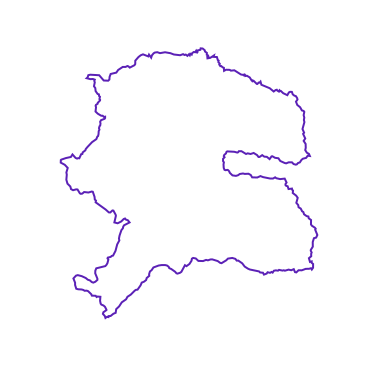 outline of Nam Po, Điện Biên, Vietnam, rotated 283°
{"feature_id": "81297802B39086824409595", "entity_name": "Nam Po", "entity_type": "district", "adm_level": 2, "iso_a3": "VNM", "parent_name": "Vietnam", "parent_adm1": "Điện Biên", "projection": "albers", "projection_center": [102.839, 21.886], "detail": "fine", "context": "isolated", "style": "outline", "palette": "violet", "viewbox_px": 384, "rotation_deg": 283, "n_neighbors": 0, "source": "geoboundaries", "source_scale": "gbopen_adm2", "svg_char_len": 5997}
<svg xmlns="http://www.w3.org/2000/svg" viewBox="0 0 384 384"><g transform="rotate(283 192 192)"><path d="M311.5,109.5L307.2,107.2L303.9,107.9L302.6,107.4L299.2,103.4L300.1,101.8L300.2,100.7L298.9,99.1L298.3,96.4L294.3,92.6L291.3,91.4L288.7,86.2L285.6,85.8L283.0,86.2L281.6,85.3L280.8,80.9L284.9,75.3L283.4,66.5L282.5,64.7L280.2,64.5L279.2,63.8L279.1,67.6L279.8,70.0L279.6,72.0L278.3,71.8L277.0,72.6L273.0,72.7L271.5,74.4L268.6,75.4L266.3,78.0L266.2,79.3L264.6,79.9L264.1,80.9L261.7,80.9L261.2,81.7L260.5,81.8L257.7,80.1L256.8,80.2L255.2,78.8L254.2,78.7L253.1,79.4L248.7,79.9L247.1,82.6L245.9,86.3L246.2,87.8L245.3,89.4L245.8,90.4L244.5,90.7L243.7,90.4L241.5,87.2L239.7,86.7L238.3,87.4L236.1,87.6L235.3,87.1L233.3,87.0L231.9,87.8L230.3,87.4L227.4,87.9L225.4,87.9L224.7,87.3L222.0,86.9L218.1,83.4L212.3,80.0L209.9,78.8L208.6,78.7L206.0,76.6L204.4,76.6L203.9,75.5L199.5,74.6L199.4,73.5L198.7,72.5L199.0,70.9L201.7,67.1L198.9,66.1L196.7,61.5L194.1,57.3L193.6,57.0L191.1,57.5L189.9,61.9L187.5,65.5L182.8,65.2L180.7,66.1L175.7,66.8L172.1,68.8L170.0,72.2L167.6,73.5L167.0,75.7L168.5,78.5L168.7,79.9L165.5,83.0L165.2,84.1L165.8,85.5L167.7,86.9L168.2,91.2L169.9,94.2L169.9,95.3L165.4,98.1L162.8,99.0L162.0,100.4L160.3,100.4L155.5,111.8L153.4,115.6L153.7,117.0L156.1,118.6L156.2,119.6L152.7,122.7L151.7,123.2L144.9,123.2L144.8,126.5L145.2,127.1L147.4,129.7L150.3,131.5L151.1,132.7L150.3,133.6L150.0,135.9L148.3,138.0L144.3,133.3L142.8,132.8L141.0,132.8L139.0,131.8L133.2,131.2L130.2,131.3L128.5,132.1L124.1,130.9L117.4,130.7L112.3,129.4L111.6,128.1L110.5,127.4L109.1,124.7L108.3,124.6L107.3,125.7L103.6,125.6L101.7,125.0L100.3,124.2L96.1,115.9L93.6,115.5L91.0,116.0L86.3,119.3L85.1,119.6L82.8,118.0L81.5,116.2L81.7,114.6L82.9,112.4L83.1,110.2L84.3,107.8L85.2,103.5L85.3,99.4L84.4,97.8L81.1,95.9L77.3,98.5L75.1,99.0L71.7,101.0L71.6,102.9L72.2,106.4L72.1,108.3L71.6,109.5L72.2,111.6L72.0,113.1L69.7,116.9L68.5,117.7L69.2,121.5L68.2,122.7L68.9,123.5L69.3,126.3L65.3,126.9L62.7,128.1L61.9,129.0L61.5,131.3L60.6,133.0L58.1,135.1L57.7,135.2L54.9,132.7L53.2,132.6L51.6,134.9L49.8,136.0L51.1,137.1L51.3,138.7L52.3,138.6L52.9,140.6L55.7,142.8L57.1,144.8L60.8,144.5L64.1,146.7L68.7,148.4L72.6,151.9L75.4,152.7L78.2,155.4L83.0,158.4L84.0,159.3L84.6,160.9L89.5,162.9L92.4,163.4L93.8,165.4L95.9,167.1L98.0,167.2L100.7,169.2L102.3,168.7L105.1,168.9L106.7,170.2L109.8,171.4L112.9,176.1L114.0,178.9L114.8,182.6L114.7,184.4L113.8,186.2L112.7,187.0L112.3,189.1L110.5,193.5L109.3,195.1L109.2,196.2L110.5,198.4L111.8,199.6L119.1,201.6L118.5,203.3L121.3,205.7L124.9,207.0L127.0,206.9L128.0,207.9L128.1,210.6L126.3,213.7L127.2,218.3L129.0,221.0L129.0,222.9L130.4,225.1L130.9,226.9L130.5,232.6L129.3,235.4L129.3,236.8L133.1,240.7L135.2,242.0L136.8,246.1L136.6,249.3L135.2,251.0L135.6,252.5L133.8,257.0L131.2,260.1L129.9,263.7L129.5,265.8L129.7,275.2L128.9,276.5L129.3,279.3L127.7,280.7L129.3,283.1L130.8,283.7L130.8,286.2L132.0,287.5L131.6,288.7L133.7,289.5L134.5,291.3L134.7,293.5L135.7,294.3L135.8,297.9L136.4,299.1L136.2,300.2L138.1,303.6L138.1,306.3L139.7,308.5L137.1,310.4L137.1,311.7L139.7,313.4L140.4,316.6L142.7,320.1L143.5,323.3L144.5,325.1L143.4,326.2L145.4,327.0L149.1,326.2L149.9,324.6L151.3,324.2L150.4,322.7L153.8,320.8L156.2,322.6L158.7,322.0L160.0,322.2L161.5,320.9L162.4,320.8L165.9,322.0L170.4,320.9L174.4,321.2L175.5,323.2L178.3,323.8L183.0,320.5L184.0,320.8L184.9,319.7L186.1,316.4L187.2,315.2L191.5,314.3L192.6,311.7L194.3,310.9L194.3,309.1L195.5,306.2L197.5,305.0L198.0,303.6L200.3,301.7L201.1,299.3L203.2,298.4L204.9,296.1L210.1,296.3L211.9,294.3L213.7,290.4L216.1,290.1L216.8,289.0L217.8,288.6L216.6,285.4L219.1,283.9L219.2,282.4L219.7,281.6L220.7,281.3L222.5,282.0L225.9,279.3L224.4,275.0L224.4,271.0L225.0,269.7L223.4,268.0L222.7,265.1L222.5,257.9L222.9,255.1L220.8,252.3L219.8,247.3L221.8,245.4L222.5,242.9L221.5,239.4L221.5,237.5L220.3,234.5L218.7,233.1L217.6,231.2L217.3,227.7L219.2,224.5L220.5,223.6L221.4,222.3L221.5,221.4L220.8,219.9L220.9,218.7L222.6,217.5L226.0,216.5L228.1,216.4L229.1,215.3L231.3,214.8L233.2,215.9L234.1,214.9L235.4,215.1L237.2,216.4L238.9,216.6L239.5,217.2L240.7,224.2L240.6,227.2L241.0,227.9L242.3,228.5L242.9,231.0L241.2,236.1L242.2,237.6L242.2,240.5L243.9,243.3L242.6,247.1L241.1,248.9L241.4,250.0L243.7,252.1L242.7,254.5L243.1,257.0L241.5,260.2L244.6,261.5L244.9,262.3L244.0,265.2L244.3,268.6L242.1,271.0L241.1,275.8L241.1,277.3L242.7,279.6L243.4,282.7L242.1,284.7L242.0,287.0L242.6,288.0L244.0,288.7L245.1,290.4L248.0,291.5L249.4,292.6L250.9,295.5L253.4,296.6L253.6,298.7L255.5,297.3L256.1,295.1L258.3,292.9L260.6,292.9L264.4,291.9L266.9,289.3L269.6,290.3L273.6,287.2L275.0,287.9L278.2,285.5L285.4,285.8L287.4,284.8L289.7,284.7L292.0,283.5L295.3,283.4L296.1,282.5L296.2,280.7L298.9,278.3L300.5,275.0L303.4,273.0L305.8,274.0L307.2,273.3L308.8,271.6L308.9,270.1L309.8,268.2L312.0,266.8L311.7,265.1L310.8,264.0L307.8,263.1L308.8,258.6L310.4,255.9L310.2,255.4L310.8,254.4L309.4,254.1L310.0,252.3L310.7,251.6L310.1,250.5L308.3,249.0L310.6,244.4L312.1,235.5L315.0,233.9L313.7,233.2L313.6,232.3L312.0,231.4L311.9,230.8L314.1,227.2L313.7,226.5L314.3,226.4L314.4,225.9L313.8,225.7L313.9,225.2L316.6,222.5L317.6,219.4L317.0,217.9L317.5,217.7L317.4,217.0L318.1,217.2L318.4,216.8L317.6,215.4L317.5,213.3L320.1,205.9L319.0,202.6L319.5,201.3L318.8,197.7L317.3,196.0L320.2,195.1L320.4,193.7L321.3,192.2L321.0,191.3L322.3,189.9L323.2,190.2L324.6,188.4L326.0,188.4L326.3,187.5L329.1,185.9L328.5,182.5L329.9,182.6L326.8,179.6L325.7,177.0L327.2,176.5L327.6,177.6L328.7,176.9L329.1,175.5L330.9,175.2L331.8,173.1L333.0,172.5L334.2,170.1L333.9,168.1L332.4,168.1L331.0,165.2L329.7,165.9L329.0,165.6L329.2,164.6L330.2,164.1L328.9,163.6L328.8,162.2L327.3,160.9L325.8,160.8L326.3,159.3L324.6,159.1L325.4,158.0L323.6,156.9L324.5,155.0L323.8,153.8L324.3,152.3L322.6,149.7L321.9,143.4L322.4,139.8L322.1,134.3L320.1,129.6L320.4,126.7L319.5,124.4L318.5,123.4L316.1,122.2L313.7,122.0L316.2,119.2L314.3,118.9L315.1,113.3L313.7,111.3L311.5,109.5Z" fill="none" stroke="#5b21b6" stroke-width="2"/></g></svg>